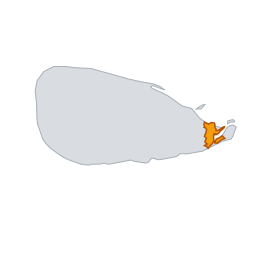 Kilinŏchchi on a map of Sri Lanka (Robinson projection), rotated 110°
{"feature_id": "LKA-2460", "entity_name": "Kilinŏchchi", "entity_type": "District", "adm_level": 1, "iso_a3": "LKA", "parent_name": "Sri Lanka", "parent_adm1": "", "projection": "robinson", "projection_center": [80.291, 9.445], "detail": "coarse", "context": "in_parent", "style": "filled", "palette": "amber", "viewbox_px": 256, "rotation_deg": 110, "n_neighbors": 0, "source": "natural_earth", "source_scale": "10m", "svg_char_len": 1774}
<svg xmlns="http://www.w3.org/2000/svg" viewBox="0 0 256 256"><g transform="rotate(110 128 128)"><path d="M90.5,26.4L94.9,26.7L99.7,26.6L103.0,27.3L108.7,35.4L124.2,49.9L132.6,64.6L133.4,67.9L134.6,70.7L136.6,71.4L138.3,72.7L146.7,86.9L147.7,89.7L147.6,92.9L148.1,95.2L150.3,96.3L153.0,96.9L154.8,99.1L157.1,110.4L157.1,114.0L157.8,115.5L168.4,133.2L169.0,135.3L168.9,136.9L169.2,138.3L171.3,141.5L174.5,149.9L176.1,151.8L178.1,159.2L178.2,173.3L177.5,179.5L175.5,187.2L173.2,194.6L170.7,200.0L167.2,204.6L155.2,214.3L151.8,216.2L136.3,222.3L124.8,228.0L114.3,229.6L103.7,226.4L95.7,218.9L91.6,207.8L88.8,196.2L84.8,183.3L81.7,143.6L80.2,132.4L77.8,118.3L78.0,112.2L79.7,106.3L79.7,119.2L81.3,120.8L82.4,119.1L83.5,105.8L84.4,100.1L88.6,85.4L88.7,82.8L88.0,77.2L88.0,74.5L94.3,64.1L95.9,58.1L96.8,52.0L96.4,45.3L95.3,38.8L100.4,40.9L103.2,43.1L106.0,44.7L108.3,43.9L111.1,43.9L109.1,40.3L103.2,37.0L93.4,35.0L90.4,32.4L89.2,30.1L89.8,27.5L90.5,26.4ZM85.5,66.5L86.8,70.5L83.0,67.7L80.5,65.5L79.6,63.7L84.8,65.7L85.5,66.5ZM89.9,36.0L87.0,36.6L84.7,33.1L84.2,31.6L84.8,30.5L85.4,30.0L86.1,30.2L87.2,33.4L89.9,36.0Z" fill="#d9dde1" stroke="#a8b0b8" stroke-width="1"/><path d="M96.4,58.1L96.8,53.4L94.4,51.7L93.8,48.6L95.3,47.3L97.8,46.5L98.8,45.0L100.4,44.3L98.8,41.8L94.4,38.8L93.8,37.8L95.2,37.8L99.4,40.3L102.1,41.1L103.9,42.6L104.2,43.2L103.6,43.5L103.9,44.3L103.6,44.6L104.6,45.3L106.9,44.7L111.0,42.9L114.6,43.7L117.5,45.2L119.7,45.7L119.4,46.8L118.4,47.7L118.4,50.1L115.9,48.1L115.2,50.5L114.5,51.0L110.6,51.0L109.8,53.3L106.0,53.2L102.5,53.6L101.3,55.4L101.4,56.8L100.2,56.7L98.3,58.0L96.4,58.1ZM104.7,33.4L107.0,36.1L111.7,38.8L112.4,41.4L111.1,41.9L110.5,41.4L108.4,41.3L105.1,38.1L103.1,36.8L104.7,33.4Z" fill="#f59e0b" stroke="#b45309" stroke-width="1.5"/></g></svg>